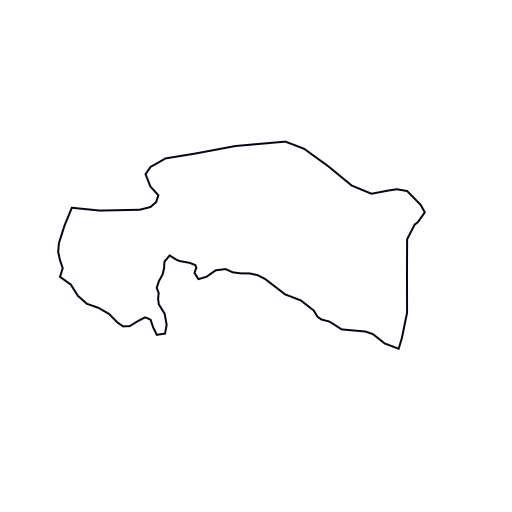 Karaman, orthographic projection, rotated 43°
{"feature_id": "TUR-3012", "entity_name": "Karaman", "entity_type": "Province", "adm_level": 1, "iso_a3": "TUR", "parent_name": "Turkey", "parent_adm1": "", "projection": "orthographic", "projection_center": [33.206, 37.039], "detail": "fine", "context": "isolated", "style": "outline", "palette": "ink", "viewbox_px": 512, "rotation_deg": 43, "n_neighbors": 0, "source": "natural_earth", "source_scale": "10m", "svg_char_len": 1243}
<svg xmlns="http://www.w3.org/2000/svg" viewBox="0 0 512 512"><g transform="rotate(43 256 256)"><path d="M322.3,105.4L341.6,106.3L349.7,109.0L351.3,121.1L350.6,124.9L355.1,140.7L377.5,164.9L393.5,182.0L405.2,194.5L418.8,216.8L423.6,226.6L409.8,232.2L394.8,233.4L387.7,236.5L368.8,251.2L354.4,253.9L347.2,257.8L342.4,258.5L335.5,256.5L319.2,257.9L303.5,264.2L278.4,266.6L270.2,268.9L263.1,273.2L256.7,279.1L250.1,283.8L242.7,286.3L236.3,293.9L234.0,304.9L229.7,312.2L222.6,310.3L221.1,307.2L220.6,305.5L217.9,304.0L212.1,306.3L203.2,312.0L199.9,313.1L192.5,314.5L192.9,322.5L197.0,327.5L200.3,333.2L202.1,340.5L205.1,347.0L210.0,349.4L213.7,354.2L218.0,357.7L228.5,360.5L237.6,367.3L242.4,374.8L237.2,381.3L229.5,378.4L222.6,374.6L219.6,375.3L216.7,376.6L213.9,384.5L211.5,393.4L206.8,398.1L200.2,399.1L188.0,398.6L176.3,401.3L164.9,406.3L152.9,406.6L140.0,403.2L126.9,404.9L123.0,396.8L115.1,392.5L108.5,387.9L103.1,381.0L95.1,364.1L88.4,346.3L110.8,329.3L139.4,301.5L145.4,292.2L146.2,284.7L143.2,278.2L131.3,277.2L119.4,271.5L118.1,262.8L123.3,246.3L142.0,222.1L166.0,189.5L189.3,163.6L199.5,152.3L218.0,144.8L247.6,141.1L278.0,139.2L298.0,131.7L307.6,118.6L313.5,111.1L322.3,105.4Z" fill="none" stroke="#020617" stroke-width="2"/></g></svg>